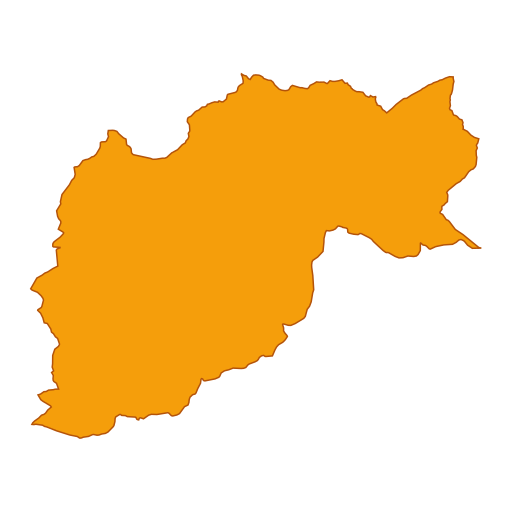 the district of Dong Giang, Quàng Nam, Vietnam
{"feature_id": "81297802B9107629386142", "entity_name": "Dong Giang", "entity_type": "district", "adm_level": 2, "iso_a3": "VNM", "parent_name": "Vietnam", "parent_adm1": "Quàng Nam", "projection": "orthographic", "projection_center": [107.776, 15.912], "detail": "fine", "context": "isolated", "style": "filled", "palette": "amber", "viewbox_px": 512, "rotation_deg": 0, "n_neighbors": 0, "source": "geoboundaries", "source_scale": "gbopen_adm2", "svg_char_len": 5915}
<svg xmlns="http://www.w3.org/2000/svg" viewBox="0 0 512 512"><path d="M481.3,248.1L478.8,247.5L463.0,234.6L456.1,230.0L455.1,229.2L449.3,221.5L447.8,220.2L446.3,219.7L442.6,214.4L440.3,213.3L440.0,212.7L440.2,211.7L441.9,209.4L441.8,206.6L442.0,206.2L444.2,204.8L445.1,203.6L447.4,201.7L447.8,195.8L447.7,194.7L446.7,192.4L448.2,190.3L456.3,183.6L460.2,181.4L462.4,179.0L464.5,177.8L468.7,171.7L471.0,169.8L473.3,168.9L475.4,166.5L476.1,164.5L476.8,157.3L476.3,155.4L476.1,150.7L477.3,148.0L476.4,145.5L476.7,144.4L477.7,143.1L478.8,138.8L474.4,137.4L470.9,135.1L467.3,131.3L463.0,129.1L463.3,128.5L463.2,126.2L462.5,124.7L463.0,122.6L461.9,119.8L459.5,119.1L457.2,116.5L455.8,115.6L453.8,115.1L453.3,114.5L451.9,110.6L450.0,109.7L449.5,108.3L450.4,105.7L449.9,101.6L450.3,100.0L450.0,98.6L450.3,96.0L450.5,95.0L451.1,94.5L451.6,93.3L452.5,90.0L453.2,84.1L453.9,81.5L453.2,78.4L453.2,76.9L449.5,76.7L445.4,78.1L442.3,79.7L439.8,80.2L438.0,81.3L433.5,82.8L431.6,84.1L428.6,85.0L424.6,87.7L422.6,88.6L420.7,90.2L411.4,95.1L406.7,98.3L404.3,98.5L403.2,99.0L396.2,104.4L392.4,108.2L386.7,112.9L384.4,110.8L382.5,109.6L380.7,106.2L377.1,105.0L376.9,103.6L375.9,102.1L375.4,99.7L375.4,98.5L375.8,97.3L375.6,96.6L373.0,97.0L370.4,95.6L369.7,96.9L368.8,97.2L365.6,95.8L362.9,92.3L359.1,91.7L356.8,91.7L355.2,91.0L352.5,89.4L352.1,88.7L351.3,88.3L350.5,86.3L348.1,84.7L347.4,83.1L345.0,83.3L342.0,79.8L338.6,80.8L335.0,81.4L332.5,81.4L330.0,80.7L327.4,83.5L326.5,83.4L324.0,82.1L319.1,82.2L316.5,81.9L314.0,83.5L310.2,85.3L308.6,87.8L307.4,88.7L304.7,88.4L302.0,87.7L300.1,87.7L292.4,85.4L290.7,86.7L288.9,89.7L287.5,90.4L285.1,90.7L281.7,90.2L279.2,89.2L274.7,84.9L273.1,82.2L270.9,80.4L268.3,80.2L264.1,78.6L263.5,78.3L262.8,77.1L260.4,75.7L259.0,75.2L255.8,74.9L253.5,75.2L251.5,77.3L250.2,79.5L248.5,78.7L246.3,76.0L244.0,75.4L241.5,73.9L241.4,74.7L242.3,76.5L243.2,80.8L243.1,83.0L242.9,83.4L239.6,85.5L238.5,86.6L237.9,87.9L237.4,90.4L236.2,91.9L234.9,92.5L227.9,94.3L227.3,95.0L226.4,99.1L223.1,101.8L221.7,101.9L219.1,100.9L218.5,101.2L218.1,102.2L214.7,101.9L212.0,102.7L208.9,104.0L207.4,104.3L206.7,105.8L205.0,106.9L202.1,107.1L198.6,110.2L196.8,110.8L195.2,111.8L191.2,116.1L188.2,117.6L187.5,119.0L187.3,121.7L189.4,124.8L189.8,130.3L189.6,131.4L188.3,133.3L188.9,136.5L188.0,138.8L186.1,140.8L185.3,142.9L182.2,144.8L177.6,149.7L171.7,152.9L166.8,157.4L164.9,158.2L162.4,158.2L156.2,159.2L152.8,159.3L150.5,158.4L133.4,154.7L132.7,154.2L131.5,152.8L131.1,148.9L130.3,147.4L129.2,146.4L127.3,145.4L126.6,144.5L126.0,139.1L123.5,137.9L122.0,136.6L118.7,133.7L116.9,131.4L114.4,130.5L112.8,130.3L108.3,130.5L107.8,133.9L108.5,136.7L106.5,141.0L105.4,141.7L101.7,141.9L100.7,142.4L100.4,142.7L100.3,146.4L99.8,148.1L96.2,154.2L93.8,156.4L91.8,156.9L89.8,158.3L87.7,159.3L85.7,159.6L82.9,160.6L79.3,165.5L77.5,166.7L74.9,166.9L74.1,167.4L75.2,174.4L74.3,177.7L71.7,180.4L69.4,184.8L62.0,194.5L60.4,201.7L60.8,203.9L56.6,210.8L57.6,216.3L58.7,218.8L60.3,220.5L60.8,221.6L60.8,223.1L58.3,229.2L62.8,231.9L63.7,232.9L63.1,234.0L60.1,237.2L54.2,241.7L53.4,242.7L52.8,244.0L52.8,246.3L53.4,246.9L60.0,247.4L60.0,247.8L57.1,249.0L56.3,250.1L57.8,266.1L53.0,268.5L47.6,272.0L44.8,273.1L42.2,275.1L36.9,278.0L30.7,288.8L32.1,290.1L37.5,292.3L41.1,295.7L43.0,298.4L43.5,300.1L41.9,306.3L41.3,307.5L37.9,309.7L37.7,310.4L40.6,313.2L42.9,317.9L44.2,322.8L47.3,323.5L50.8,329.0L51.5,332.1L53.5,333.7L55.4,336.8L57.2,338.1L57.7,338.7L59.5,344.0L59.4,344.7L58.4,346.4L54.8,349.2L52.7,355.4L52.6,363.8L52.2,367.1L53.6,370.9L51.6,372.5L53.3,375.5L53.0,378.7L53.2,380.4L53.9,381.5L56.5,383.3L58.6,389.1L55.2,389.2L53.3,389.7L48.6,390.1L46.2,391.5L43.9,391.7L40.5,394.1L38.0,394.9L40.8,399.7L43.1,401.4L50.5,405.8L51.3,407.0L47.8,410.0L45.6,413.1L44.1,414.3L41.5,415.2L38.7,418.1L34.6,421.0L32.7,422.9L31.9,424.4L34.1,424.6L34.8,424.3L36.3,424.3L42.6,425.2L44.5,426.4L46.4,426.8L56.5,430.8L69.8,435.0L77.3,436.5L79.5,438.0L80.1,438.1L81.6,437.9L83.2,437.2L88.6,436.4L92.5,434.6L93.7,434.5L97.0,435.2L99.1,435.0L101.7,434.0L105.4,433.4L108.0,432.0L113.1,426.8L113.9,425.6L114.9,421.7L115.1,418.5L115.7,416.9L119.6,414.5L120.6,414.5L121.6,415.4L125.4,415.6L127.3,416.6L135.2,417.1L135.9,417.4L136.8,419.2L137.4,419.6L138.7,419.9L139.2,418.5L140.0,417.9L140.6,417.8L143.5,418.8L148.6,415.2L151.4,414.3L156.9,414.5L167.9,412.7L169.1,413.3L171.2,415.5L172.1,415.9L173.0,415.9L176.8,415.0L179.5,413.6L184.5,406.7L188.0,405.0L188.9,402.4L189.2,399.6L190.0,397.2L192.6,394.7L195.1,394.0L196.0,392.9L197.7,388.7L200.5,383.3L201.0,379.3L201.6,378.6L202.6,378.9L203.5,380.5L204.9,380.9L215.0,378.9L218.8,377.3L219.7,376.3L221.2,372.9L224.5,370.8L228.7,369.8L233.1,368.1L241.1,368.5L243.6,368.3L245.8,367.5L247.9,364.9L249.2,364.0L255.1,361.8L257.3,360.6L258.3,359.4L259.4,357.4L261.6,355.8L263.7,355.4L265.0,356.4L265.9,356.5L272.4,355.9L275.0,349.8L276.6,346.9L278.6,344.7L282.7,342.3L283.8,341.3L285.3,339.7L287.4,336.5L287.0,335.5L285.0,333.2L283.6,331.0L283.6,327.9L282.6,324.6L282.8,324.1L283.8,324.0L288.2,325.3L290.8,325.4L295.3,323.5L303.8,318.3L305.3,316.4L307.2,309.3L309.5,306.3L311.2,301.8L312.7,292.8L313.7,289.8L312.8,275.5L311.7,267.4L311.6,265.0L312.0,261.9L312.9,260.3L317.6,257.1L323.0,251.4L323.9,242.2L324.0,238.5L325.4,232.6L326.4,230.6L329.5,230.9L333.0,230.1L335.4,228.9L337.8,226.2L338.8,226.0L341.8,226.8L342.7,227.4L346.0,228.0L347.2,228.6L347.6,229.4L347.8,232.1L349.0,233.1L353.6,234.2L357.6,234.6L358.4,234.5L359.8,233.5L361.2,233.6L369.3,237.7L371.7,239.3L373.4,241.5L383.1,250.5L385.6,252.3L386.6,252.6L387.8,252.5L388.8,252.8L395.1,256.4L399.0,257.9L403.0,257.7L407.9,256.0L413.7,256.5L416.4,256.0L418.1,254.5L420.3,250.6L420.4,243.2L420.7,243.0L423.0,245.0L425.3,245.4L426.6,246.2L429.3,248.9L430.3,249.1L435.5,246.7L437.1,246.3L443.8,244.9L452.5,244.3L456.1,242.4L458.9,240.0L461.0,239.5L463.3,240.5L464.5,241.4L467.6,245.2L472.3,248.3L481.3,248.1Z" fill="#f59e0b" stroke="#b45309" stroke-width="1.5"/></svg>